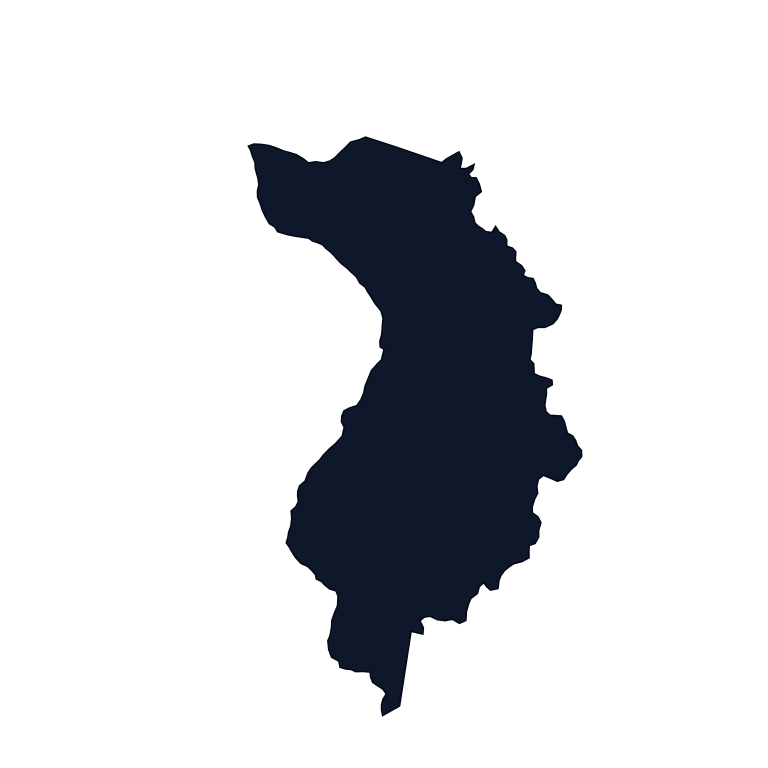 the district of Boa Esperança, Espírito Santo, Brazil, rotated 235°
{"feature_id": "56859067B85430168030596", "entity_name": "Boa Esperança", "entity_type": "district", "adm_level": 2, "iso_a3": "BRA", "parent_name": "Brazil", "parent_adm1": "Espírito Santo", "projection": "natural_earth1", "projection_center": [-40.323, -18.474], "detail": "fine", "context": "isolated", "style": "filled", "palette": "ink", "viewbox_px": 768, "rotation_deg": 235, "n_neighbors": 0, "source": "geoboundaries", "source_scale": "gbopen_adm2", "svg_char_len": 3327}
<svg xmlns="http://www.w3.org/2000/svg" viewBox="0 0 768 768"><g transform="rotate(235 384 384)"><path d="M656.7,409.4L651.5,408.7L646.0,406.8L639.4,405.4L634.7,402.3L630.4,400.7L625.2,398.9L619.1,395.9L614.8,391.1L609.4,387.5L603.0,386.2L595.8,383.9L588.5,382.7L581.0,382.1L575.3,384.6L569.8,384.2L562.0,390.3L556.5,395.6L551.1,401.2L546.7,405.9L542.3,407.4L538.1,410.5L533.4,413.5L527.9,414.3L523.2,415.8L518.7,416.6L513.5,417.1L506.9,418.2L500.5,420.1L494.4,421.3L487.7,422.8L480.4,422.1L474.3,424.1L468.7,423.5L462.1,423.3L455.0,422.8L450.1,423.2L445.1,423.3L438.2,420.8L434.0,417.1L429.4,413.5L425.7,410.3L421.4,405.1L416.4,402.1L412.4,404.0L408.9,399.8L405.3,395.9L404.5,390.9L402.2,381.3L397.3,373.8L393.0,367.1L388.3,362.3L384.5,356.4L381.9,349.2L384.1,342.2L385.0,335.8L382.0,331.1L377.4,327.4L371.4,326.6L365.3,319.9L363.0,310.1L362.2,302.0L360.6,293.6L358.7,287.7L356.9,276.3L354.6,270.6L349.8,263.7L349.0,256.4L345.7,251.9L342.1,249.2L336.8,246.4L334.1,241.4L333.3,235.1L326.8,231.3L321.1,226.3L317.3,220.9L313.5,217.3L309.9,212.8L304.2,212.8L299.5,212.3L292.7,212.0L284.8,213.0L278.5,216.7L273.5,217.8L267.1,218.5L263.1,216.7L257.9,219.6L253.6,220.1L247.5,221.8L242.0,226.0L236.5,224.6L229.0,218.7L225.0,212.3L220.2,205.6L214.7,201.4L208.9,195.5L205.9,190.7L198.2,186.4L190.2,184.3L183.0,188.0L177.1,185.5L172.6,189.1L169.1,193.2L164.6,195.8L160.8,201.6L155.9,207.5L151.8,205.0L146.1,203.6L140.6,205.6L134.7,208.1L128.8,208.0L126.5,202.5L122.9,198.2L118.4,195.0L113.2,192.7L111.3,212.1L165.8,264.3L156.8,272.4L161.8,276.5L169.3,277.6L170.0,282.9L167.4,288.5L160.3,292.5L155.0,298.4L152.0,305.1L144.7,308.4L143.3,315.4L150.2,320.9L155.4,327.2L158.5,332.2L158.7,340.2L163.4,345.9L163.9,351.8L159.4,351.8L154.1,352.9L151.1,360.1L157.1,365.5L159.9,369.6L162.0,375.5L162.5,381.3L162.3,387.3L159.4,395.1L158.5,403.2L163.9,406.8L168.4,410.3L166.7,416.3L169.8,422.8L175.6,426.9L180.4,433.0L186.9,433.9L193.5,431.6L198.4,435.1L203.2,441.2L206.5,447.3L212.6,450.6L217.4,455.8L217.7,462.2L211.4,466.3L204.9,470.2L202.8,476.3L205.3,482.5L206.8,488.6L207.3,494.7L209.8,499.3L211.1,504.3L216.4,507.7L222.4,507.0L227.6,508.5L233.3,508.8L238.5,506.1L243.7,507.9L249.8,510.2L256.0,511.0L260.0,506.1L263.1,502.0L268.3,500.9L274.2,503.4L278.9,507.7L282.5,511.3L287.5,514.7L286.8,521.4L290.7,523.8L295.0,521.1L301.3,515.8L306.4,512.9L310.7,515.8L314.9,518.3L320.2,517.4L323.9,521.4L329.4,525.9L336.5,531.8L343.3,537.0L342.1,542.6L338.1,548.2L336.5,556.8L337.9,563.0L340.3,567.5L343.1,571.7L346.8,574.4L350.7,570.5L356.1,570.2L362.9,569.2L369.3,564.3L375.0,563.9L380.0,565.8L385.0,566.6L388.5,562.7L393.2,560.2L395.9,564.3L401.8,564.6L409.1,561.9L413.1,565.0L416.7,567.8L421.6,567.2L426.7,563.6L431.6,567.2L436.4,568.0L442.5,565.5L449.1,565.8L446.3,559.4L450.3,554.8L455.3,553.4L459.5,551.6L463.8,550.9L469.5,553.2L475.6,553.8L479.0,559.9L485.3,566.4L485.8,574.1L493.1,576.7L500.0,577.8L503.0,573.7L507.5,573.6L508.7,579.8L512.2,583.7L513.3,575.0L516.9,569.8L520.1,573.4L524.3,577.5L531.2,578.6L532.6,564.4L532.2,558.2L571.2,529.8L596.8,510.5L598.2,504.0L601.3,495.4L599.7,487.0L598.8,480.3L597.5,473.6L597.7,467.6L599.7,461.5L605.3,455.4L608.4,449.0L615.0,447.0L621.9,443.9L627.8,439.4L631.9,435.8L636.1,433.1L641.0,429.9L645.5,426.4L650.6,421.0L655.2,415.1L656.7,409.4Z" fill="#0f172a" stroke="#020617" stroke-width="1.5"/></g></svg>